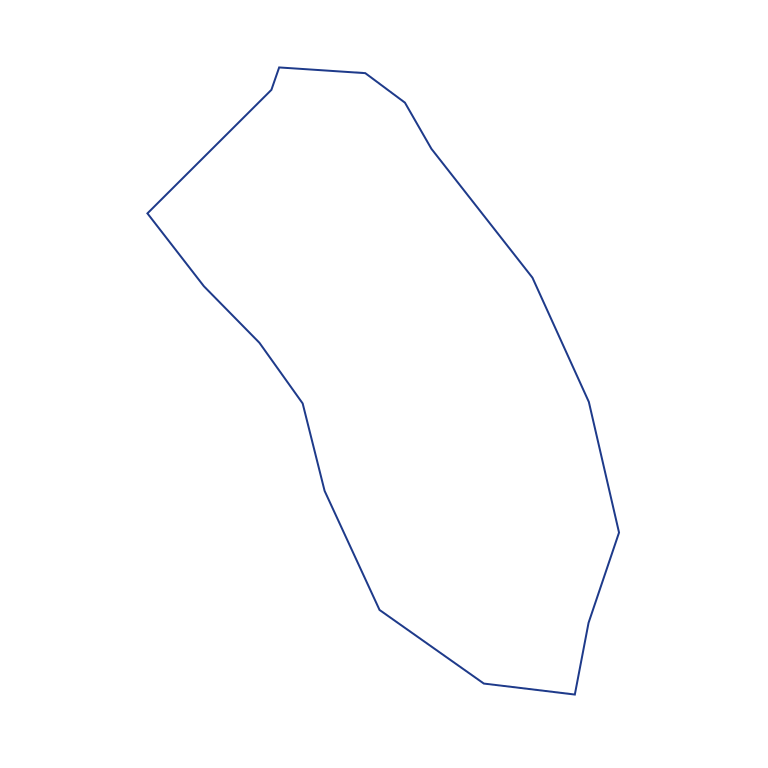 outline of Rodrigues, rotated 86°
{"feature_id": "MUS-5194", "entity_name": "Rodrigues", "entity_type": "Dependency", "adm_level": 1, "iso_a3": "MUS", "parent_name": "Mauritius", "parent_adm1": "", "projection": "robinson", "projection_center": [63.41, -19.719], "detail": "fine", "context": "isolated", "style": "outline", "palette": "blue", "viewbox_px": 768, "rotation_deg": 86, "n_neighbors": 0, "source": "natural_earth", "source_scale": "10m", "svg_char_len": 378}
<svg xmlns="http://www.w3.org/2000/svg" viewBox="0 0 768 768"><g transform="rotate(86 384 384)"><path d="M636.5,196.6L707.1,215.3L689.8,305.3L609.1,404.2L486.5,450.7L397.7,466.5L334.2,505.4L274.0,556.8L197.3,608.1L82.7,475.8L60.9,466.5L72.6,381.0L104.8,343.5L152.7,320.3L288.3,228.5L416.2,180.9L548.6,159.9L636.5,196.6Z" fill="none" stroke="#1e3a8a" stroke-width="2"/></g></svg>